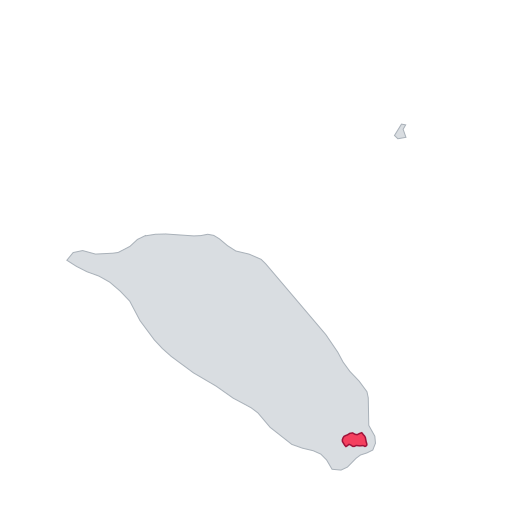 Taipei City on a map of Taiwan (Albers equal-area conic projection), rotated 110°
{"feature_id": "TWN-1166", "entity_name": "Taipei City", "entity_type": "Special Municipality", "adm_level": 1, "iso_a3": "TWN", "parent_name": "Taiwan", "parent_adm1": "", "projection": "albers", "projection_center": [121.562, 25.088], "detail": "fine", "context": "in_parent", "style": "filled", "palette": "rose", "viewbox_px": 512, "rotation_deg": 110, "n_neighbors": 0, "source": "natural_earth", "source_scale": "10m", "svg_char_len": 1424}
<svg xmlns="http://www.w3.org/2000/svg" viewBox="0 0 512 512"><g transform="rotate(110 256 256)"><path d="M341.6,359.2L335.5,371.5L330.6,384.5L328.6,396.8L328.6,409.5L327.2,421.0L324.7,432.3L315.3,429.0L310.2,420.8L309.1,407.5L302.3,391.4L299.8,386.7L290.0,377.7L281.0,373.1L274.1,366.4L275.0,367.0L270.0,358.0L266.2,348.4L258.4,321.3L255.7,314.8L252.1,308.8L251.1,302.8L252.4,296.3L256.0,286.5L258.2,276.7L256.6,263.2L257.4,250.0L260.1,244.1L306.0,163.5L318.4,146.3L325.9,137.9L332.3,128.4L338.3,116.3L345.6,105.3L350.9,102.0L376.6,92.1L384.7,82.7L391.1,79.7L398.4,79.9L403.1,84.4L407.3,89.8L411.7,92.7L423.1,97.9L428.1,102.9L430.4,111.6L423.5,119.9L420.0,127.3L419.4,135.6L420.7,146.7L420.8,157.9L412.2,184.1L402.8,200.5L400.3,208.6L397.4,228.8L391.9,249.1L387.2,274.8L379.4,301.2L375.0,312.3L369.6,322.9L356.4,342.9L341.6,359.2ZM93.2,155.7L97.3,162.8L95.4,167.1L82.3,164.4L81.6,160.2L86.6,161.1L93.2,155.7Z" fill="#d9dde1" stroke="#a8b0b8" stroke-width="1"/><path d="M395.6,87.2L397.0,87.7L397.7,88.5L397.5,89.8L397.7,91.0L398.3,92.2L398.9,93.5L399.8,97.1L401.2,98.4L401.8,100.0L401.2,102.4L401.2,104.2L402.9,105.2L404.3,106.3L403.5,107.9L400.8,111.3L399.3,112.0L397.2,112.0L395.4,111.6L394.1,110.4L392.7,108.8L390.6,107.2L389.2,104.7L389.7,102.0L389.3,99.8L387.2,97.8L385.9,96.2L386.4,95.2L387.1,94.3L387.9,92.6L389.1,91.2L393.1,88.8L394.2,87.9L395.6,87.2Z" fill="#f43f5e" stroke="#9f1239" stroke-width="1.5"/></g></svg>